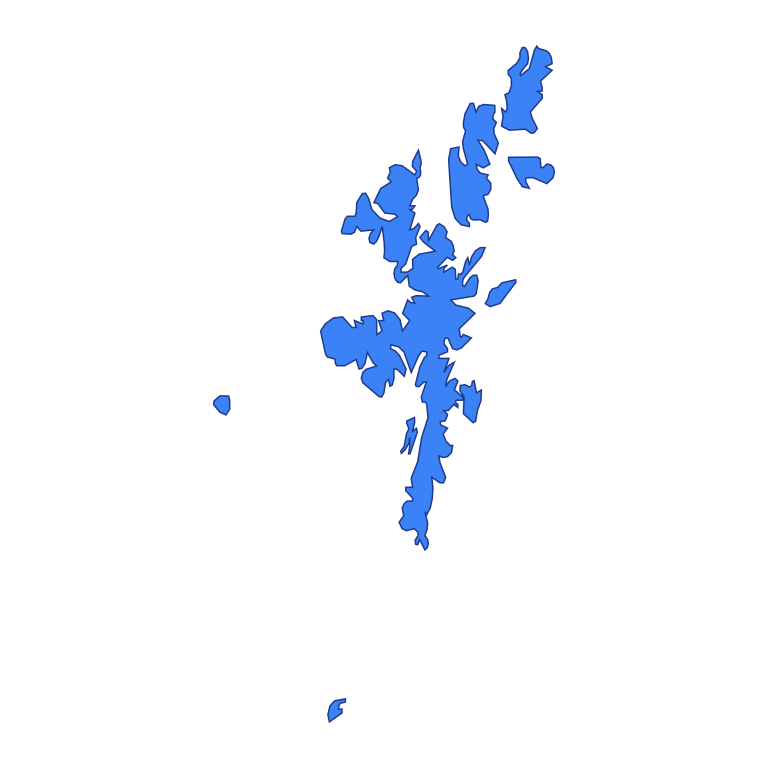 SVG path tracing the border of Shetland Islands
{"feature_id": "GBR-2747", "entity_name": "Shetland Islands", "entity_type": "Unitary District (city)", "adm_level": 1, "iso_a3": "GBR", "parent_name": "United Kingdom", "parent_adm1": "", "projection": "albers", "projection_center": [-1.232, 60.181], "detail": "fine", "context": "isolated", "style": "filled", "palette": "blue", "viewbox_px": 768, "rotation_deg": 0, "n_neighbors": 0, "source": "natural_earth", "source_scale": "10m", "svg_char_len": 6107}
<svg xmlns="http://www.w3.org/2000/svg" viewBox="0 0 768 768"><path d="M469.5,265.0L471.7,256.6L475.5,250.7L480.2,247.7L485.1,247.6L481.5,256.4L463.9,277.7L462.5,281.6L462.8,285.7L464.4,286.5L470.1,277.6L473.4,275.2L476.7,275.2L478.2,280.7L476.2,293.8L474.0,296.1L450.7,299.9L455.9,305.1L468.5,308.2L475.0,313.4L459.3,328.7L460.2,336.4L461.4,337.2L463.3,334.5L471.4,337.9L461.4,347.9L456.8,349.9L452.6,348.6L448.0,338.2L445.6,337.9L444.0,340.8L444.2,344.0L447.5,348.6L447.5,351.8L438.9,355.3L438.9,358.4L449.0,358.4L443.9,372.5L448.5,365.6L454.3,362.2L447.0,379.1L445.6,386.7L449.7,380.8L455.0,378.4L457.9,381.0L454.4,389.8L463.0,397.1L463.0,400.2L455.9,400.2L455.9,404.0L457.8,404.0L457.8,407.5L453.6,404.5L448.4,410.5L443.9,410.6L447.5,414.4L446.3,418.6L445.0,421.0L440.4,421.6L440.4,424.7L447.5,428.2L443.2,433.9L445.6,440.7L450.2,445.5L452.7,445.5L451.4,452.7L447.5,456.6L442.8,457.5L438.9,455.9L440.0,462.8L445.7,477.3L443.5,482.9L439.8,482.7L431.8,477.3L432.9,487.8L432.3,498.5L430.2,508.0L426.6,515.0L424.9,511.6L427.7,523.1L427.1,529.0L424.9,535.8L427.6,539.4L428.3,543.7L427.3,547.6L424.9,549.9L419.7,539.5L417.7,544.8L415.6,544.2L415.1,540.3L418.0,535.8L418.0,532.3L414.2,528.7L406.2,530.7L402.1,528.6L399.1,522.3L403.7,515.7L402.2,507.8L404.3,503.6L406.8,501.2L412.6,500.9L412.6,498.0L405.8,490.8L405.8,487.3L412.6,487.3L411.2,478.3L417.7,461.8L421.6,437.7L428.0,417.7L426.7,404.0L425.3,402.0L422.4,402.1L421.3,397.1L426.3,382.1L423.7,382.2L419.0,386.7L416.2,386.3L415.4,384.5L419.9,366.9L424.2,357.9L426.7,355.3L426.7,351.8L421.9,351.2L418.2,356.6L411.2,372.5L404.1,352.2L398.8,346.9L390.7,344.8L390.7,348.6L395.5,351.1L399.4,355.4L406.1,369.0L404.3,376.3L397.1,369.3L393.9,369.0L394.0,378.3L392.2,385.0L389.9,386.3L388.7,379.4L385.6,382.3L383.8,393.2L381.7,397.0L379.3,396.8L362.9,382.8L361.3,378.1L362.9,372.4L365.8,369.5L376.7,365.9L373.5,363.3L367.4,352.6L364.9,363.6L361.9,368.3L359.0,369.0L356.1,359.4L344.8,365.7L336.9,365.7L335.5,363.8L334.9,359.0L327.7,357.2L325.6,354.3L320.6,331.1L325.3,323.8L333.6,317.9L342.6,316.9L352.0,327.5L356.2,327.4L354.4,320.5L363.1,324.0L363.2,320.5L361.3,320.5L361.3,317.0L373.1,315.6L376.6,319.6L376.8,334.7L382.0,330.9L378.6,320.6L383.7,320.6L382.0,313.3L387.8,310.7L394.5,312.9L400.0,319.7L402.5,331.0L409.6,320.6L402.6,313.4L407.7,299.9L411.0,302.7L414.7,303.0L411.6,297.3L416.1,295.7L428.6,296.1L422.6,291.8L415.2,290.1L409.3,286.3L407.8,275.4L400.3,282.9L397.5,282.2L394.9,278.4L394.0,273.5L394.8,268.7L397.6,264.9L397.6,261.5L389.8,261.5L383.9,257.7L384.6,251.4L384.2,242.6L382.3,226.5L378.9,236.4L376.3,241.7L373.7,244.1L369.8,242.4L369.0,238.2L370.5,233.5L373.8,229.9L360.8,231.1L356.7,226.4L354.4,232.3L350.8,234.2L342.1,233.6L341.5,230.8L345.1,219.0L347.4,216.3L354.9,216.3L356.2,212.8L356.8,202.5L362.2,193.7L365.5,193.2L368.8,198.8L371.8,209.5L380.0,218.1L389.4,221.5L397.7,216.5L394.9,214.2L384.8,213.0L377.9,203.6L373.9,202.6L380.7,188.5L391.1,181.9L387.6,178.1L390.4,172.0L389.3,167.7L395.4,164.7L402.2,165.8L414.9,175.0L416.6,171.2L412.3,166.3L412.8,161.2L418.4,150.2L420.9,160.3L421.1,164.3L420.0,167.8L420.7,172.2L420.4,175.4L419.0,177.4L416.6,178.2L418.4,189.8L416.4,195.2L412.8,199.1L409.7,205.8L414.9,205.8L412.5,209.2L409.7,209.6L414.9,213.1L409.7,230.0L414.3,228.3L418.4,223.5L420.0,226.6L415.7,237.4L416.5,244.2L411.7,246.4L405.7,264.0L401.1,268.4L401.1,272.2L407.4,272.1L412.9,268.4L412.6,259.3L419.4,254.1L435.3,251.2L423.4,242.0L419.9,237.3L425.7,230.6L428.2,232.0L428.6,240.5L437.0,225.1L439.3,223.7L443.9,226.5L447.1,231.7L445.5,237.3L451.2,241.4L453.1,245.3L454.2,251.1L452.5,254.6L455.8,257.7L452.7,260.4L447.2,257.3L437.6,267.5L438.5,268.7L447.4,265.0L443.8,268.5L443.8,272.2L452.3,267.2L455.3,269.3L455.8,279.1L457.7,279.1L458.6,273.9L460.7,274.3L462.8,272.2L465.7,261.3L467.8,257.7L469.5,265.0ZM496.4,122.4L493.8,128.5L494.0,133.3L498.3,143.2L495.0,153.8L482.7,140.7L477.8,140.1L484.2,150.2L489.9,164.2L483.2,167.9L476.2,164.3L477.4,169.9L480.4,173.1L488.2,174.9L486.4,178.1L490.7,183.2L490.8,189.4L487.9,194.4L483.1,195.7L487.9,208.8L488.4,214.7L487.6,221.1L485.7,222.3L479.7,219.7L473.6,220.0L470.6,218.7L469.3,214.8L468.4,215.0L467.0,217.0L466.7,220.1L469.4,223.4L469.4,226.6L461.0,224.7L455.2,218.4L451.7,207.2L448.6,159.5L450.7,148.7L459.0,147.0L458.3,156.2L461.0,162.2L464.9,165.7L467.7,164.3L463.4,148.6L462.6,141.7L465.6,130.9L463.6,127.4L463.4,122.9L465.0,113.8L470.3,103.4L473.4,103.3L476.0,112.1L478.9,106.2L484.0,104.5L494.8,105.4L494.9,112.2L493.0,115.5L493.0,119.2L496.4,122.4ZM525.4,129.2L509.4,130.2L501.6,126.2L503.1,116.4L501.6,108.5L505.9,112.1L507.2,108.0L506.6,100.8L504.9,94.7L509.0,92.8L511.4,85.9L511.3,78.3L508.2,74.2L508.2,70.4L516.7,63.4L520.0,57.5L519.9,52.8L522.2,47.6L525.0,47.5L527.5,51.4L528.5,58.3L527.5,63.8L522.3,70.0L520.0,74.2L520.7,75.6L529.3,68.6L534.5,50.0L536.9,46.1L538.5,48.5L546.6,50.9L549.3,53.3L551.3,57.4L552.1,63.6L545.4,66.8L552.2,70.2L540.5,81.1L542.2,87.3L542.2,91.0L537.3,91.4L542.2,94.5L542.3,98.3L530.4,111.9L532.1,118.0L537.4,128.6L533.9,132.9L531.4,133.2L525.4,129.2ZM546.9,164.0L550.8,164.9L553.5,167.7L554.4,172.1L553.0,177.7L546.9,183.6L532.7,177.6L525.7,177.9L525.7,181.7L529.3,188.3L522.4,186.7L517.0,178.5L508.6,161.0L508.6,157.3L537.6,157.1L540.2,158.6L540.9,167.5L543.1,167.6L546.9,164.0ZM476.5,392.8L481.4,390.0L480.9,400.8L477.4,410.5L475.6,421.4L473.1,422.7L463.4,413.6L464.1,397.2L460.0,390.9L460.2,385.5L465.0,384.7L469.6,387.0L471.6,385.7L472.4,381.5L474.1,380.6L476.5,392.8ZM501.9,282.8L515.6,279.8L516.0,282.1L499.9,303.5L490.1,306.6L485.3,303.6L487.9,298.9L489.7,292.5L492.2,289.0L497.9,287.3L501.9,282.8ZM412.6,431.3L416.4,428.3L417.3,432.2L410.0,453.9L408.6,453.8L409.9,444.9L409.7,437.3L408.8,443.6L404.9,450.1L401.3,453.3L400.8,451.1L404.1,446.5L406.5,433.7L408.9,428.7L406.6,423.0L407.0,420.8L414.5,417.5L414.7,422.1L412.6,431.3ZM228.6,396.0L229.7,400.2L229.7,409.3L225.9,414.9L219.9,412.2L213.6,404.6L214.1,400.9L219.9,395.9L228.6,396.0ZM327.9,714.4L330.0,705.9L334.7,700.8L345.5,698.8L345.3,702.0L340.2,703.3L339.1,705.1L338.5,709.1L342.0,709.1L342.0,712.9L329.4,721.9L327.9,714.4Z" fill="#3b82f6" stroke="#1e3a8a" stroke-width="1.5"/></svg>